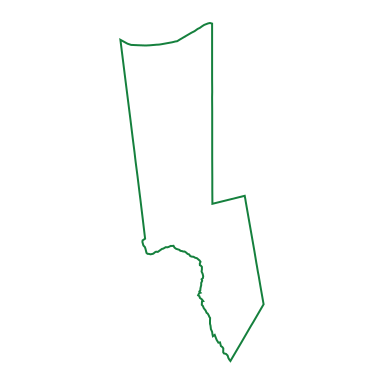 Bodocó, Pernambuco, Brazil (Equal Earth projection)
{"feature_id": "56859067B90933022981907", "entity_name": "Bodocó", "entity_type": "district", "adm_level": 2, "iso_a3": "BRA", "parent_name": "Brazil", "parent_adm1": "Pernambuco", "projection": "equal_earth", "projection_center": [-39.967, -7.683], "detail": "fine", "context": "isolated", "style": "outline", "palette": "green", "viewbox_px": 384, "rotation_deg": 0, "n_neighbors": 0, "source": "geoboundaries", "source_scale": "gbopen_adm2", "svg_char_len": 2063}
<svg xmlns="http://www.w3.org/2000/svg" viewBox="0 0 384 384"><path d="M120.4,39.8L125.4,79.8L129.9,115.3L130.5,120.1L132.0,132.3L132.8,138.8L134.5,152.1L135.1,157.4L135.7,162.4L137.5,176.1L138.8,186.7L139.7,194.0L140.4,199.5L141.1,205.4L142.7,218.5L145.1,238.7L142.6,240.4L142.4,241.9L142.8,243.4L143.4,245.5L144.9,247.1L145.5,248.9L146.0,250.9L146.5,252.9L147.5,253.8L148.8,253.9L150.5,254.3L152.1,254.0L153.4,253.6L154.9,252.3L156.1,251.7L157.8,251.9L162.0,248.9L163.3,248.6L165.7,247.2L167.5,247.3L168.7,246.9L170.8,245.9L171.9,246.0L173.5,245.8L174.5,247.6L176.1,248.8L179.5,249.9L180.3,250.8L182.1,251.1L183.1,251.5L184.6,251.5L186.2,252.6L187.6,253.9L189.1,254.4L190.3,256.1L191.7,256.6L193.6,256.8L195.0,257.7L196.9,258.2L199.6,260.5L200.5,261.8L199.8,263.5L199.9,265.2L201.0,265.8L201.9,266.9L201.9,269.4L201.6,271.6L202.6,273.7L203.2,276.2L202.9,278.1L201.6,279.3L202.2,280.8L201.2,282.9L201.2,285.2L200.8,286.7L200.4,288.7L200.3,290.3L199.4,291.4L200.5,292.7L199.2,293.1L198.1,295.3L199.4,296.2L199.9,297.9L201.9,299.4L203.2,301.1L202.0,301.4L201.8,304.8L202.9,306.0L203.8,308.2L205.6,310.5L206.6,312.8L207.7,313.6L208.8,315.5L209.3,316.8L210.1,318.0L210.0,320.7L210.0,323.8L210.5,325.6L210.9,329.1L212.1,331.8L212.5,334.5L212.9,336.2L214.7,334.9L216.6,339.8L218.4,342.7L220.0,342.4L220.9,346.0L222.4,347.1L223.3,348.4L223.2,352.2L223.9,353.4L226.0,353.9L227.6,355.5L228.4,358.0L229.3,359.6L230.4,361.0L241.6,342.0L251.0,325.8L253.2,322.2L263.6,304.3L260.4,286.1L258.7,276.0L257.9,271.9L257.0,266.5L256.4,263.2L254.4,251.1L245.7,201.5L245.4,199.5L244.7,195.8L229.8,199.5L213.6,203.5L212.4,203.8L212.3,189.5L212.3,184.9L212.3,178.1L212.2,157.7L212.2,150.9L212.2,111.2L212.1,97.3L212.2,92.1L212.1,79.1L212.1,64.0L212.1,23.6L210.0,23.0L208.1,23.4L204.2,24.9L202.3,26.1L199.8,27.9L197.7,28.9L194.5,31.2L191.5,32.7L186.2,35.8L179.4,39.8L177.2,41.2L175.2,41.5L174.1,41.8L172.1,42.3L161.0,44.3L158.9,44.6L156.7,44.7L155.5,44.8L149.7,45.3L145.7,45.5L137.5,45.2L131.1,44.9L127.5,43.7L122.6,41.0L120.4,39.8Z" fill="none" stroke="#15803d" stroke-width="2"/></svg>